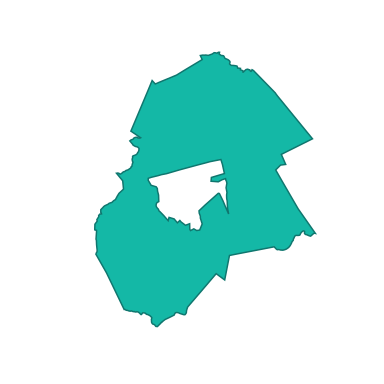 outline of San Juan Bautista Tlachichilco, Oaxaca, Mexico, rotated 50°
{"feature_id": "50627088B82603535513252", "entity_name": "San Juan Bautista Tlachichilco", "entity_type": "district", "adm_level": 2, "iso_a3": "MEX", "parent_name": "Mexico", "parent_adm1": "Oaxaca", "projection": "orthographic", "projection_center": [-98.322, 17.586], "detail": "fine", "context": "isolated", "style": "filled", "palette": "teal", "viewbox_px": 384, "rotation_deg": 50, "n_neighbors": 0, "source": "geoboundaries", "source_scale": "gbopen_adm2", "svg_char_len": 4992}
<svg xmlns="http://www.w3.org/2000/svg" viewBox="0 0 384 384"><g transform="rotate(50 192 192)"><path d="M177.9,305.6L199.1,309.5L238.4,319.5L238.7,318.9L239.7,318.6L240.3,318.4L241.4,317.4L242.7,316.7L243.7,315.8L244.1,314.9L244.7,314.6L245.4,314.2L246.1,313.7L246.4,313.1L247.0,312.9L248.0,312.0L248.2,311.2L249.4,310.4L250.2,310.2L251.0,310.0L252.0,310.0L253.2,309.8L253.3,309.1L253.0,308.2L252.9,307.4L253.9,306.3L255.0,305.6L255.9,305.6L256.7,305.3L257.7,304.5L258.8,304.1L259.8,303.7L262.3,303.5L262.8,304.0L263.6,305.1L264.5,305.7L265.1,306.2L266.2,306.9L267.8,307.0L269.0,306.3L269.8,306.0L271.0,306.1L271.7,306.1L272.8,305.1L272.8,304.4L272.7,303.2L272.6,302.4L272.5,300.7L272.4,300.5L272.2,299.7L272.2,299.0L272.4,299.0L272.3,297.6L272.3,296.3L272.4,294.5L272.8,293.0L273.4,290.7L273.9,288.7L274.4,286.6L274.8,284.8L274.8,284.7L274.1,283.4L273.9,282.2L274.6,281.0L275.9,279.9L277.0,279.5L278.3,278.7L279.4,278.0L280.4,277.4L281.1,276.8L281.5,276.0L280.9,274.0L279.4,272.5L278.5,271.2L277.3,269.2L273.5,246.2L270.1,226.0L280.4,223.5L264.7,204.1L267.8,198.4L286.8,164.3L289.9,164.1L291.0,163.8L291.6,162.8L292.5,162.0L293.1,161.7L294.0,160.8L294.8,160.0L295.4,159.0L296.0,157.6L296.4,156.3L296.6,154.1L296.5,152.7L296.2,151.4L295.7,150.0L295.1,148.6L294.4,147.3L294.2,146.1L294.0,145.4L293.5,144.9L293.1,144.3L292.8,143.4L292.2,142.3L291.8,140.9L292.4,139.8L292.9,139.3L293.5,138.6L294.1,137.7L294.3,137.0L294.0,136.3L293.7,135.8L293.4,134.8L293.2,134.1L293.2,133.5L293.2,132.2L293.6,131.4L294.6,131.1L295.2,131.7L295.8,132.3L296.3,132.5L297.1,132.4L297.9,132.1L298.7,131.4L299.7,131.0L301.0,130.3L302.0,129.6L302.1,128.9L302.1,128.1L302.0,127.3L302.0,125.9L302.1,124.8L303.0,124.1L273.1,121.5L241.0,115.9L228.9,113.7L228.3,106.9L231.1,102.5L220.6,99.4L222.2,92.6L228.7,65.5L219.1,65.4L189.2,65.0L173.4,64.8L170.2,64.6L169.8,64.5L141.5,66.6L140.7,66.7L139.5,66.7L137.9,67.0L136.9,67.4L137.1,67.9L137.5,68.6L137.5,69.3L137.0,69.5L136.5,69.5L135.7,69.2L135.2,69.5L134.8,69.9L133.8,70.3L133.0,71.7L132.9,72.3L133.0,73.8L133.1,75.7L132.8,75.9L131.9,75.1L130.8,75.6L129.5,76.4L128.5,75.4L127.9,75.9L126.4,77.4L125.8,77.0L124.4,76.6L122.9,77.8L121.3,79.3L120.3,80.5L119.2,80.8L118.0,80.9L117.8,80.6L117.4,80.1L116.9,79.3L115.7,79.0L113.9,79.3L112.2,80.1L111.4,80.6L110.5,80.8L109.8,80.6L108.7,80.3L107.9,80.3L106.8,81.2L106.2,81.9L103.7,82.5L102.7,81.1L101.9,82.0L101.8,82.7L101.7,83.7L100.9,84.2L100.3,84.7L99.5,85.5L99.4,86.9L99.2,88.1L98.6,89.6L98.0,91.4L97.0,92.5L96.0,93.3L95.1,94.6L94.0,95.8L92.8,97.9L97.1,99.1L93.9,119.3L92.5,128.7L85.6,150.7L81.0,150.9L86.5,161.5L106.1,199.7L117.4,196.5L117.2,197.3L116.7,197.9L115.9,198.7L114.7,199.0L114.2,199.6L113.6,200.6L113.3,201.9L113.6,202.8L113.6,203.4L113.1,204.8L112.9,205.3L112.9,206.6L112.9,206.8L117.1,206.8L118.2,207.0L119.4,206.6L120.7,206.1L121.5,205.5L122.4,204.8L123.8,204.6L124.6,204.6L125.4,205.4L126.0,206.0L126.5,206.9L126.8,207.5L126.9,208.4L127.1,208.6L127.4,209.2L127.5,210.8L127.3,211.5L127.1,212.1L126.7,213.2L126.4,214.0L126.6,214.7L127.1,215.0L127.6,215.4L127.8,216.0L128.9,217.2L129.6,217.5L130.3,217.9L131.2,218.0L131.8,219.1L132.2,219.7L132.7,220.4L133.1,220.9L133.6,221.4L133.7,222.1L133.6,222.6L134.1,223.2L134.2,223.8L134.1,224.4L134.0,225.3L134.0,225.9L133.9,226.7L133.6,227.6L133.1,228.6L133.1,229.6L133.0,230.5L132.7,231.1L132.4,231.9L132.5,232.6L132.5,233.5L132.4,234.4L132.3,235.3L131.6,235.8L130.8,235.9L129.8,236.6L129.1,237.8L130.7,237.8L138.9,237.9L145.3,242.3L145.8,242.7L146.1,248.8L147.1,251.8L148.6,255.5L148.3,257.7L148.5,260.0L147.4,262.7L147.4,264.2L146.5,267.5L146.4,269.2L146.6,269.9L146.9,273.2L149.0,275.0L149.9,275.0L150.6,275.4L149.7,276.7L149.9,277.5L149.9,278.5L150.2,278.7L150.9,279.2L151.1,279.8L152.0,282.6L153.4,283.4L154.1,286.4L154.3,287.1L158.1,290.5L158.6,290.8L160.0,289.8L161.2,290.8L166.4,295.8L167.7,296.4L171.2,299.1L175.5,302.0L176.7,303.1L177.0,304.1L177.9,305.6ZM167.0,187.4L168.9,183.3L175.2,169.7L178.7,162.3L180.3,158.8L182.7,154.4L185.7,149.0L189.8,150.7L190.5,151.0L198.7,155.3L193.3,167.8L196.0,170.5L201.1,165.3L201.9,161.3L203.3,157.7L204.7,158.5L205.2,158.5L205.5,158.6L206.0,158.8L207.8,159.7L208.3,160.4L210.7,163.2L214.8,165.5L215.7,166.5L216.5,167.4L218.6,169.1L219.7,169.9L220.8,170.4L222.3,171.4L223.8,172.6L225.0,173.5L225.8,174.1L227.1,175.0L228.1,175.7L230.6,177.0L232.4,178.1L226.0,176.2L224.9,175.9L218.5,173.9L210.8,172.0L209.9,172.7L210.4,190.2L210.9,198.7L212.9,200.1L215.8,201.1L217.4,202.4L223.0,204.7L226.1,210.6L224.5,213.2L221.4,214.3L220.6,217.9L219.2,217.7L214.8,214.2L213.3,218.4L208.0,219.6L206.0,219.6L206.2,223.0L201.1,223.0L196.7,225.9L198.6,228.7L191.8,228.8L186.4,229.2L185.3,229.4L184.5,229.2L183.9,228.9L183.2,228.8L182.5,228.9L181.5,228.9L180.2,228.7L179.0,228.0L178.1,226.9L177.6,225.7L178.0,223.6L172.9,219.6L169.3,217.9L167.0,216.3L165.0,216.1L160.6,219.0L154.8,218.0L154.3,217.5L153.4,216.7L153.5,216.4L154.6,213.7L157.7,207.4L159.1,204.2L161.6,199.7L167.0,187.4Z" fill="#14b8a6" stroke="#0f766e" stroke-width="1.5"/></g></svg>